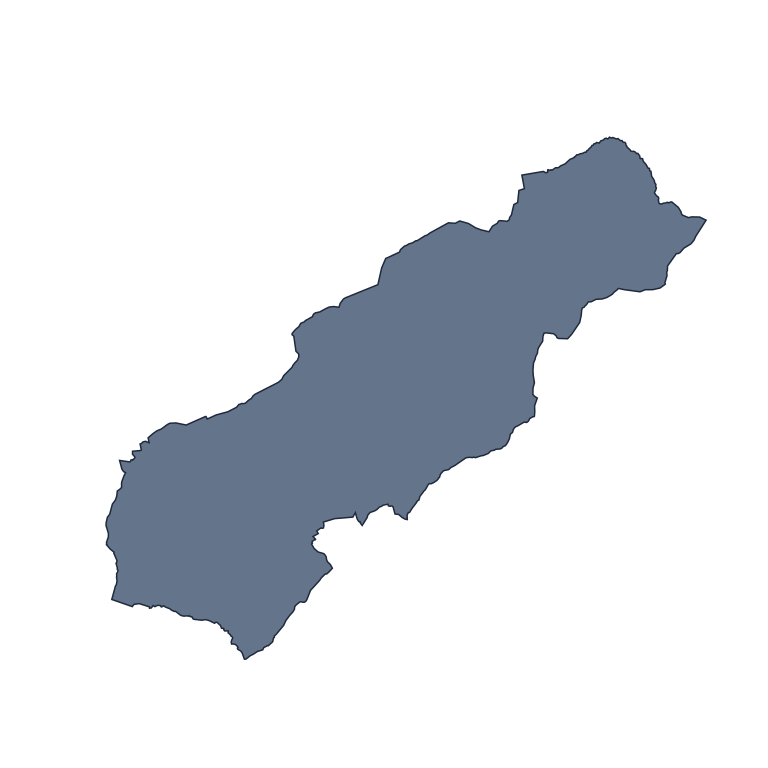 the district of Rodna, Bistrita-Nasaud, Romania, rotated 46°
{"feature_id": "2599482B97945568100996", "entity_name": "Rodna", "entity_type": "district", "adm_level": 2, "iso_a3": "ROU", "parent_name": "Romania", "parent_adm1": "Bistrita-Nasaud", "projection": "albers", "projection_center": [24.848, 47.491], "detail": "fine", "context": "isolated", "style": "filled", "palette": "slate", "viewbox_px": 768, "rotation_deg": 46, "n_neighbors": 0, "source": "geoboundaries", "source_scale": "gbopen_adm2", "svg_char_len": 6074}
<svg xmlns="http://www.w3.org/2000/svg" viewBox="0 0 768 768"><g transform="rotate(46 384 384)"><path d="M369.3,719.7L368.8,717.0L372.0,712.6L381.3,707.6L382.4,708.4L383.4,707.1L383.1,703.9L385.0,703.5L385.8,700.9L386.9,699.7L388.3,698.7L389.2,699.1L390.0,698.8L390.3,696.7L392.8,696.1L397.1,694.1L398.9,694.0L401.9,692.9L402.6,691.9L408.8,691.0L410.6,690.2L412.2,689.0L413.3,687.4L415.1,686.0L415.2,685.1L416.6,685.1L417.9,683.9L420.2,684.5L421.2,684.2L427.2,679.3L429.6,676.0L432.5,674.2L438.4,672.1L438.6,670.4L439.6,669.7L444.0,669.4L446.8,670.5L448.2,669.3L449.0,669.3L449.3,669.9L450.9,670.2L453.4,667.5L454.7,669.0L457.7,668.7L458.7,669.2L459.8,668.8L461.3,669.1L461.7,669.4L462.3,671.2L463.4,673.1L465.2,674.3L466.3,673.0L468.3,671.8L470.7,671.7L472.1,672.0L472.2,673.0L473.3,673.5L476.6,672.5L479.0,672.9L485.0,675.6L486.0,674.4L486.5,669.1L487.6,665.7L488.5,660.8L491.0,655.9L490.1,653.6L491.3,649.5L491.9,649.1L492.1,643.2L490.0,639.9L490.1,638.8L489.1,637.9L489.2,635.3L487.9,623.9L486.0,618.9L485.0,613.0L484.6,607.6L483.9,605.0L482.2,603.0L481.9,600.7L482.3,596.2L482.9,595.0L484.6,594.0L485.8,592.6L486.0,591.2L485.5,589.2L481.4,580.2L480.6,567.0L479.9,563.7L479.8,558.5L480.8,557.2L481.0,554.4L480.7,549.1L476.6,548.0L472.4,548.1L470.3,547.2L468.1,545.6L465.6,545.1L464.1,545.2L459.0,548.1L453.7,548.5L448.8,547.3L448.8,546.1L447.4,545.3L447.8,542.2L448.3,541.6L448.2,541.1L444.4,541.0L445.9,535.2L443.0,534.5L443.7,529.5L444.9,528.7L445.5,527.6L444.0,525.4L441.2,523.5L446.6,513.0L458.1,498.9L456.7,494.0L462.3,497.0L464.8,497.6L466.1,497.5L466.5,496.9L467.6,497.6L470.6,498.0L468.4,489.0L467.1,486.8L466.7,483.4L468.8,478.8L469.4,476.1L469.3,473.0L470.3,470.6L470.6,468.7L473.2,464.7L474.7,465.5L476.1,464.7L477.0,463.1L478.6,462.8L485.2,466.4L488.0,464.1L492.5,463.7L495.9,462.7L497.7,461.4L494.4,458.5L493.4,456.0L494.1,454.8L492.9,449.9L491.9,443.2L491.3,441.4L491.7,439.4L489.8,436.3L488.7,429.3L488.8,427.8L487.1,422.1L487.2,420.5L488.5,419.4L489.3,417.2L490.1,413.2L490.0,411.2L489.5,409.8L489.8,409.1L488.3,406.5L487.9,404.8L487.8,401.3L490.5,396.9L490.5,394.1L491.9,389.3L494.0,376.4L495.8,373.7L498.4,371.5L498.8,370.4L500.5,369.4L503.2,363.9L504.4,362.3L506.4,357.2L506.3,353.7L508.3,350.5L508.5,349.1L511.6,345.3L512.0,343.3L511.8,341.8L512.7,339.5L512.1,336.2L510.6,332.0L507.9,328.0L508.1,325.2L506.7,322.7L506.1,320.5L506.2,319.0L507.0,317.0L508.8,309.5L510.5,308.4L510.9,307.6L511.0,305.9L510.1,303.1L511.0,299.4L511.7,298.9L511.7,298.2L508.8,294.9L504.3,290.8L500.6,283.5L497.2,284.3L494.9,284.1L490.4,279.6L487.6,274.9L481.4,270.6L477.6,267.3L472.7,261.8L471.3,258.4L469.5,255.5L468.5,252.3L466.2,249.6L465.1,247.1L463.4,240.1L460.2,236.6L458.6,233.6L460.0,231.7L465.8,227.0L469.2,226.7L471.0,227.4L472.5,226.8L479.0,220.5L478.6,214.4L475.7,200.5L471.6,194.4L468.1,190.4L467.1,188.5L467.8,186.6L467.5,185.3L467.6,183.5L466.9,179.9L468.7,178.0L470.4,172.6L474.4,168.0L476.7,163.3L478.0,157.6L477.8,154.4L478.2,151.1L478.1,149.0L483.1,145.6L495.5,135.8L497.7,130.5L502.8,125.2L506.7,118.8L507.6,112.3L506.3,111.6L502.7,105.2L499.9,102.9L499.2,101.3L496.1,98.1L493.3,83.2L494.6,81.6L495.1,79.8L494.6,73.9L496.4,65.9L495.9,61.1L494.4,57.4L489.9,38.5L483.1,41.0L477.5,46.6L475.8,49.4L469.8,52.0L467.9,51.7L466.4,50.7L461.4,49.6L453.0,50.5L452.1,51.4L451.6,53.3L450.1,53.9L449.5,55.5L448.0,57.5L447.3,59.4L445.7,60.5L444.8,60.5L442.2,58.8L441.4,57.5L440.2,56.8L437.9,57.2L434.4,56.7L433.6,55.2L433.7,54.6L432.1,51.8L430.9,51.6L429.2,49.7L427.2,49.5L426.3,48.7L424.3,47.9L420.5,47.2L416.4,44.2L415.1,44.7L413.3,43.3L412.2,44.1L408.1,43.0L404.0,42.8L401.6,41.5L400.7,42.0L400.1,43.0L399.5,43.0L397.6,41.6L394.4,41.2L393.6,42.3L391.9,42.1L390.0,42.7L389.0,44.1L387.7,44.6L386.2,44.3L382.5,44.6L381.3,44.0L380.2,44.0L378.9,43.0L377.6,42.8L376.3,44.0L374.2,43.7L373.7,44.5L372.9,44.9L370.0,45.2L369.0,46.7L365.7,48.1L365.0,49.6L363.1,50.3L363.2,52.8L361.5,53.4L360.7,55.0L360.9,56.5L359.7,59.3L360.2,61.7L357.9,63.4L357.9,65.1L357.1,66.0L357.4,68.0L356.9,68.8L357.4,70.4L357.2,72.6L357.5,75.2L357.1,76.0L357.6,77.7L356.6,78.8L356.2,80.6L354.6,83.1L354.1,84.8L353.0,86.2L353.2,88.3L352.9,89.3L353.2,90.0L351.6,94.2L351.4,100.9L349.7,105.6L349.6,108.2L347.6,110.4L346.9,114.7L345.9,115.0L345.6,116.2L343.8,117.1L343.7,117.6L345.3,119.0L344.6,120.8L341.8,121.7L329.5,139.7L341.0,147.3L338.5,152.5L346.3,161.8L345.1,165.9L350.9,174.9L351.5,178.0L352.8,179.6L352.6,182.3L347.2,186.9L346.4,188.4L347.1,190.9L345.8,196.4L347.4,202.7L340.6,207.1L335.3,209.6L327.3,211.7L319.3,216.3L317.9,221.1L312.8,225.7L307.3,246.0L306.8,249.7L305.9,251.3L303.9,260.7L303.1,261.6L302.2,265.6L300.5,268.7L300.1,271.0L299.0,273.6L298.8,278.9L299.9,281.2L294.9,295.6L298.9,305.1L308.3,319.4L295.2,351.9L294.7,354.1L295.5,359.4L297.5,363.1L293.3,366.4L290.6,369.9L289.4,373.3L287.5,380.2L285.2,383.9L284.8,385.8L285.2,387.4L285.9,388.5L283.8,396.4L283.9,398.3L282.5,401.8L283.6,405.3L283.3,409.9L283.8,414.9L284.6,415.9L287.0,415.7L299.3,424.6L303.1,424.5L305.2,426.3L306.8,429.9L306.8,433.1L307.4,436.9L308.1,438.4L308.3,450.4L309.7,454.3L309.4,458.9L301.8,483.8L301.6,486.8L302.3,489.1L301.6,492.7L301.5,497.0L300.7,498.5L299.0,500.1L298.7,501.6L297.9,502.4L298.3,506.3L295.4,515.8L289.7,526.1L286.4,535.5L284.2,534.7L283.6,534.7L283.2,535.4L276.1,554.8L267.5,560.7L263.4,565.4L262.6,568.3L261.7,575.4L259.9,579.9L259.2,584.7L258.8,591.0L263.0,593.8L259.6,595.3L258.2,597.7L258.3,600.0L257.7,601.1L262.9,604.4L262.9,605.1L257.7,611.6L259.8,613.7L263.5,613.9L264.1,614.7L264.1,617.2L263.8,617.4L264.1,617.8L262.9,618.6L263.6,620.9L255.3,627.3L263.2,631.7L266.1,632.2L268.2,631.5L269.4,634.8L272.0,640.2L273.2,641.9L276.1,644.6L276.2,647.0L275.7,650.2L279.0,654.1L280.9,657.9L281.7,662.8L287.2,671.9L287.7,675.5L290.6,680.0L292.6,682.2L300.0,686.0L302.5,688.5L305.3,693.9L307.0,694.8L306.9,695.3L312.8,695.6L317.6,695.0L318.0,695.9L325.7,698.8L326.9,700.9L326.8,701.3L330.8,703.4L332.2,704.7L333.0,704.7L333.9,705.6L334.9,708.4L336.4,709.5L337.1,710.6L340.0,712.6L342.4,715.9L342.8,717.6L349.9,729.5L369.3,719.7Z" fill="#64748b" stroke="#1e293b" stroke-width="1.5"/></g></svg>